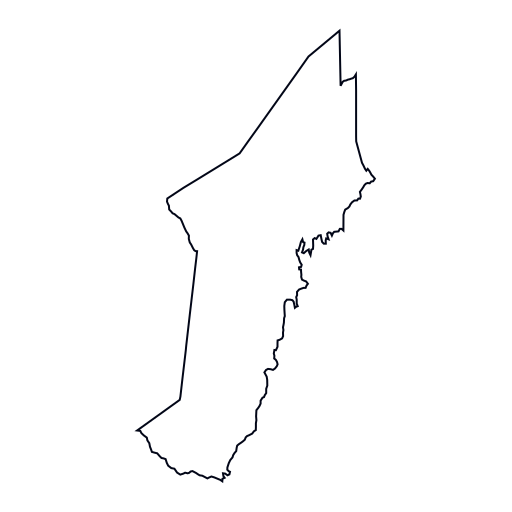 the district of Pinheiro, Maranhão, Brazil
{"feature_id": "56859067B21077671086214", "entity_name": "Pinheiro", "entity_type": "district", "adm_level": 2, "iso_a3": "BRA", "parent_name": "Brazil", "parent_adm1": "Maranhão", "projection": "equal_earth", "projection_center": [-45.102, -2.495], "detail": "fine", "context": "isolated", "style": "outline", "palette": "ink", "viewbox_px": 512, "rotation_deg": 0, "n_neighbors": 0, "source": "geoboundaries", "source_scale": "gbopen_adm2", "svg_char_len": 3592}
<svg xmlns="http://www.w3.org/2000/svg" viewBox="0 0 512 512"><path d="M374.9,178.7L373.2,176.6L371.4,174.7L370.3,172.6L369.3,170.9L367.7,168.9L366.3,170.7L365.0,168.8L363.4,165.4L362.0,162.8L356.2,141.4L356.1,136.2L356.1,130.7L356.1,100.2L356.1,93.9L356.1,90.8L355.9,74.4L354.4,76.8L352.8,78.2L351.1,78.7L349.5,79.3L348.0,79.6L346.1,80.5L344.1,80.8L342.7,81.8L340.6,85.8L339.5,30.7L308.5,56.5L296.1,74.1L270.4,110.2L262.5,121.3L258.9,126.4L247.9,141.7L239.6,153.4L218.5,166.4L197.0,179.6L183.5,187.8L167.3,198.5L167.0,201.6L167.9,203.8L168.9,205.7L169.2,209.5L171.3,211.7L172.6,213.3L174.5,214.1L178.5,217.5L180.3,218.4L181.6,220.8L184.4,227.6L186.2,231.4L187.5,233.2L188.9,235.6L188.8,238.9L189.8,242.5L191.1,244.4L192.9,248.0L194.2,250.2L195.5,251.1L197.1,251.2L196.3,258.5L195.2,267.7L193.3,284.7L189.9,313.7L189.6,316.3L186.2,345.9L185.8,350.2L182.4,379.0L180.4,396.6L179.7,399.9L137.1,430.5L140.3,430.9L141.4,433.1L143.8,435.4L146.8,437.6L147.4,440.4L149.3,443.2L150.0,446.8L151.0,449.3L151.9,451.9L154.7,452.7L157.2,453.3L159.7,456.2L161.5,458.0L163.6,458.4L165.6,459.1L166.8,462.9L168.2,465.7L171.3,468.1L174.4,468.7L175.5,470.3L177.1,472.6L180.3,474.6L183.4,473.6L185.1,472.7L187.7,473.3L189.2,472.8L190.6,471.5L192.5,471.1L196.1,473.0L197.8,474.2L199.6,475.3L202.3,475.7L204.0,476.6L207.4,478.4L208.9,477.6L211.4,476.5L214.3,477.4L220.3,479.9L222.3,481.3L222.5,478.7L224.6,477.8L223.4,476.1L223.0,473.3L225.2,473.6L227.5,475.3L229.4,474.4L230.0,471.8L228.6,471.1L227.3,469.7L227.4,467.4L228.8,463.1L230.3,460.0L232.5,457.4L233.2,455.1L234.6,452.9L236.2,451.1L236.7,447.6L237.2,445.6L238.7,444.3L241.5,442.4L243.1,441.2L244.8,439.7L245.7,437.4L247.0,436.1L249.1,435.2L252.2,433.6L253.9,431.3L255.8,430.1L255.9,427.1L255.9,423.2L256.4,420.2L256.1,416.4L256.4,410.2L258.3,407.8L259.5,406.0L260.6,403.6L260.6,400.7L262.5,397.7L264.0,397.1L264.8,395.1L266.2,393.1L266.2,388.8L267.3,385.6L267.2,379.9L266.7,376.7L264.4,372.4L266.0,370.0L268.0,368.9L270.6,369.2L273.0,369.9L275.0,368.5L276.8,366.2L277.6,364.3L277.0,361.9L275.8,359.8L274.2,358.5L274.4,355.7L273.8,353.5L274.4,350.0L275.9,350.2L277.5,346.8L277.5,342.9L277.6,340.4L279.6,339.8L282.1,338.4L283.1,336.1L283.0,332.6L283.4,330.1L283.0,327.3L283.5,324.9L283.9,322.7L284.1,318.2L284.8,316.1L284.6,313.2L284.4,309.7L284.3,306.0L284.8,302.2L286.9,299.7L290.4,299.7L292.4,300.2L293.6,301.6L294.3,304.7L294.9,307.8L296.2,306.7L297.7,306.2L296.7,303.5L296.7,299.7L296.2,297.1L297.1,295.2L297.0,291.9L299.1,289.5L301.4,288.6L303.5,287.9L305.6,287.9L306.5,285.6L307.9,283.8L306.1,281.4L303.9,280.6L302.0,279.6L301.2,276.9L301.4,274.9L301.1,271.9L301.0,269.6L299.2,269.4L299.0,267.3L301.1,266.9L301.7,264.8L300.2,262.4L299.3,260.0L298.5,257.0L297.2,255.3L296.6,253.0L296.6,250.1L298.3,250.7L299.8,246.2L300.9,242.0L302.4,239.3L303.1,242.1L304.5,242.6L304.3,245.0L303.4,247.2L303.0,249.8L302.0,252.4L303.8,253.2L306.1,251.1L308.7,249.5L309.2,252.5L310.5,255.2L311.0,252.4L311.4,249.7L313.0,248.9L313.2,245.7L313.1,242.5L313.0,239.5L314.7,238.1L316.4,238.9L317.5,237.2L318.5,235.6L320.7,235.2L321.4,238.8L322.1,241.9L323.8,243.7L325.8,243.7L325.7,240.4L326.2,238.4L328.6,239.3L327.6,236.4L327.2,233.7L328.6,232.4L330.6,232.8L331.9,235.6L332.9,233.3L334.2,231.8L338.5,231.4L339.8,228.9L341.6,228.9L343.4,230.5L343.5,214.8L344.3,212.0L345.2,209.6L347.8,208.1L349.4,206.5L350.3,204.5L352.0,202.3L354.4,200.5L357.1,200.4L358.4,198.6L360.0,198.7L360.8,196.5L360.4,194.0L359.9,191.9L361.7,189.5L363.3,187.1L364.3,185.3L365.8,183.7L367.6,183.0L369.7,183.3L371.1,181.6L373.2,181.2L374.9,178.7Z" fill="none" stroke="#020617" stroke-width="2"/></svg>